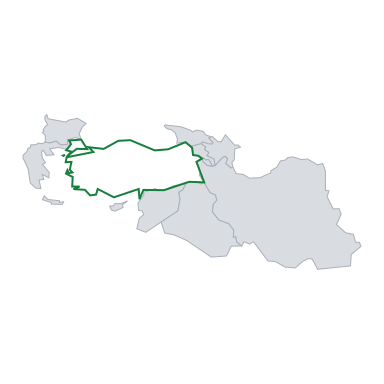 Turkey highlighted, orthographic projection
{"feature_id": "TUR", "entity_name": "Turkey", "entity_type": "country or territory", "adm_level": 0, "iso_a3": "TUR", "parent_name": "Asia", "parent_adm1": "", "projection": "orthographic", "projection_center": [34.29, 38.962], "detail": "coarse", "context": "with_neighbors", "style": "outline", "palette": "green", "viewbox_px": 384, "rotation_deg": 0, "n_neighbors": 9, "source": "natural_earth", "source_scale": "50m", "svg_char_len": 4462}
<svg xmlns="http://www.w3.org/2000/svg" viewBox="0 0 384 384"><path d="M164.7,233.0L161.0,221.7L177.8,210.8L179.9,199.2L178.7,192.3L182.7,189.6L186.1,183.4L189.1,181.7L197.9,182.0L200.8,184.1L204.2,182.1L210.3,192.8L215.6,195.0L216.8,200.4L213.4,204.1L212.4,211.7L218.8,219.9L228.9,223.7L233.8,230.2L233.4,237.2L235.9,236.8L236.6,241.7L241.6,245.9L231.3,246.2L226.4,256.0L211.2,257.1L186.9,240.6L174.5,235.0L164.7,233.0Z" fill="#d9dde1" stroke="#a8b0b8" stroke-width="1"/><path d="M241.6,245.9L236.6,241.7L235.9,236.8L233.4,237.2L233.8,230.2L228.9,223.7L218.8,219.9L212.4,211.7L213.4,204.1L216.8,200.4L215.6,195.0L210.3,192.8L199.3,175.0L200.4,171.9L197.0,161.4L201.6,158.1L203.2,161.6L207.4,165.5L212.5,166.1L215.1,165.4L222.6,157.3L225.1,156.2L227.6,158.6L225.9,163.7L231.1,167.9L232.9,167.1L236.2,173.6L243.4,174.4L249.3,178.2L259.9,177.7L270.6,172.9L270.9,170.6L276.7,167.3L280.5,160.9L285.3,160.0L287.9,157.5L293.0,157.0L301.8,159.6L307.5,159.0L317.5,164.8L322.7,163.5L325.4,171.0L325.4,190.4L328.9,190.8L327.1,196.8L333.2,208.9L339.1,208.7L341.1,214.3L336.5,224.6L345.5,232.7L353.4,234.3L355.5,242.1L359.4,242.4L361.0,246.3L351.2,254.6L350.5,265.9L317.6,269.3L312.2,259.1L308.2,258.5L302.5,261.6L295.2,268.0L285.0,267.1L275.8,261.8L267.8,260.8L253.6,241.8L249.5,244.0L244.1,241.8L241.6,245.9Z" fill="#d9dde1" stroke="#a8b0b8" stroke-width="1"/><path d="M136.8,228.8L139.4,218.2L143.6,214.6L142.2,210.9L138.7,210.5L137.9,203.2L143.7,195.1L144.0,189.8L146.5,191.5L154.8,188.6L158.9,190.2L165.1,189.8L173.6,185.7L186.1,183.4L182.7,189.6L178.7,192.3L179.9,199.2L177.8,210.8L145.8,232.3L136.8,228.8Z" fill="#d9dde1" stroke="#a8b0b8" stroke-width="1"/><path d="M215.1,165.4L212.5,166.1L208.7,159.6L205.5,160.0L203.1,157.7L192.9,153.9L193.1,149.3L191.5,146.1L201.1,143.5L205.8,147.1L204.7,149.7L208.9,152.4L207.2,155.7L214.0,158.9L215.1,165.4Z" fill="#d9dde1" stroke="#a8b0b8" stroke-width="1"/><path d="M46.8,114.7L48.2,118.8L65.7,122.0L69.3,119.9L77.5,118.4L86.1,123.4L82.3,127.1L79.2,133.7L81.1,139.2L75.1,137.5L67.8,139.9L67.2,144.6L60.7,144.9L56.1,141.1L50.2,143.0L45.1,142.1L45.4,135.8L42.4,132.4L43.7,131.2L43.1,130.0L44.7,127.1L47.7,124.5L45.0,120.1L44.8,116.6L46.8,114.7Z" fill="#d9dde1" stroke="#a8b0b8" stroke-width="1"/><path d="M63.6,201.7L62.4,204.4L51.3,204.1L51.5,202.6L42.4,199.7L44.2,195.8L48.0,199.5L59.6,200.8L59.3,202.4L63.6,201.7ZM45.1,142.1L50.2,143.0L56.1,141.1L60.7,144.9L67.2,144.6L67.8,139.9L70.9,142.7L68.2,148.4L66.4,149.3L58.5,147.4L49.7,148.9L54.0,154.8L46.2,155.4L43.1,150.1L41.5,152.0L42.3,157.8L45.4,162.7L42.4,164.4L49.2,172.4L48.8,177.8L42.2,174.4L43.8,179.5L39.0,179.9L40.9,188.6L35.9,188.1L30.3,183.1L28.1,168.8L23.1,158.1L23.0,155.4L27.0,151.4L27.9,148.4L30.4,147.4L30.9,144.9L35.6,144.7L38.6,143.1L42.4,143.7L45.1,142.1Z" fill="#d9dde1" stroke="#a8b0b8" stroke-width="1"/><path d="M208.7,138.0L212.3,136.5L217.9,141.6L221.1,141.8L225.4,134.8L234.6,145.1L237.9,145.0L240.5,147.1L234.8,148.9L234.2,159.9L231.9,162.5L232.9,167.1L231.1,167.9L225.9,163.7L227.6,158.6L225.1,156.2L222.6,157.3L215.1,165.4L214.0,158.9L207.2,155.7L208.9,152.4L204.7,149.7L205.8,147.1L201.1,143.5L202.7,141.8L212.1,143.9L212.9,142.7L208.7,138.0ZM212.5,166.1L207.4,165.5L203.2,161.6L201.6,158.1L203.1,157.7L205.5,160.0L208.7,159.6L212.5,166.1Z" fill="#d9dde1" stroke="#a8b0b8" stroke-width="1"/><path d="M164.3,126.0L165.1,124.9L181.2,126.8L191.0,130.4L192.4,132.0L196.4,130.1L203.1,131.3L205.7,134.9L210.4,136.5L208.7,138.0L212.9,142.7L212.1,143.9L208.2,143.8L202.7,141.8L201.1,143.5L191.5,146.1L184.3,142.1L176.8,143.2L177.5,139.1L175.2,132.8L171.0,129.6L167.1,128.8L164.3,126.0Z" fill="#d9dde1" stroke="#a8b0b8" stroke-width="1"/><path d="M123.1,207.4L115.1,211.2L111.3,209.9L109.6,206.1L113.8,205.8L115.0,203.5L120.5,203.7L127.6,200.9L122.3,204.9L123.1,207.4Z" fill="#d9dde1" stroke="#a8b0b8" stroke-width="1"/><path d="M168.1,149.3L185.5,142.2L192.0,147.6L193.1,155.1L198.5,155.8L201.9,158.7L196.4,161.9L204.2,182.4L189.1,181.8L163.9,190.2L143.4,189.9L139.5,199.2L138.7,189.0L113.9,197.3L97.7,189.0L96.0,194.6L90.1,195.4L84.9,189.8L73.5,189.1L79.6,186.5L72.2,186.5L72.7,177.0L66.0,173.6L67.4,170.2L68.8,173.2L72.4,172.4L69.8,169.8L71.4,161.9L65.7,162.2L66.6,157.3L93.4,152.0L88.7,147.2L103.7,148.9L118.3,140.8L130.4,140.2L154.7,150.4L168.1,149.3ZM81.2,139.6L87.2,149.1L76.8,148.8L66.8,156.5L71.5,151.7L66.2,150.2L71.0,144.2L69.2,140.5L81.2,139.6ZM64.9,154.8L63.5,155.9L63.0,155.6L64.9,154.8Z" fill="none" stroke="#15803d" stroke-width="2"/></svg>